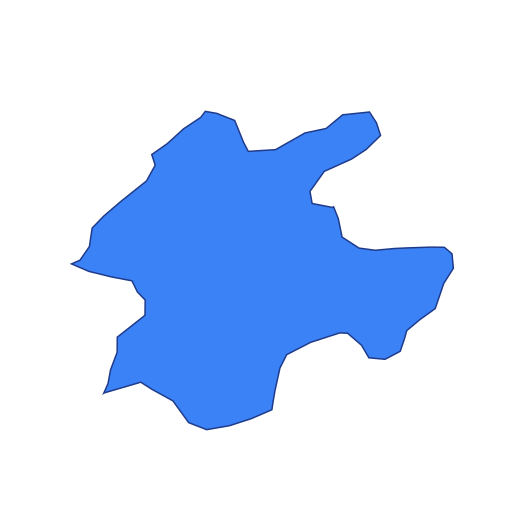 the district of Skövde, Västra Götaland, Sweden, rotated 162°
{"feature_id": "70781695B28625719623637", "entity_name": "Skövde", "entity_type": "district", "adm_level": 2, "iso_a3": "SWE", "parent_name": "Sweden", "parent_adm1": "Västra Götaland", "projection": "natural_earth1", "projection_center": [13.916, 58.441], "detail": "fine", "context": "isolated", "style": "filled", "palette": "blue", "viewbox_px": 512, "rotation_deg": 162, "n_neighbors": 0, "source": "geoboundaries", "source_scale": "gbopen_adm2", "svg_char_len": 1136}
<svg xmlns="http://www.w3.org/2000/svg" viewBox="0 0 512 512"><g transform="rotate(162 256 256)"><path d="M323.8,384.7L323.8,373.5L337.0,361.2L366.8,350.0L388.3,341.1L403.2,333.2L411.5,316.5L424.7,306.4L433.9,305.5L419.7,293.0L399.8,280.7L381.6,270.7L379.9,258.4L375.0,248.4L379.9,233.9L413.0,221.7L417.9,207.2L429.5,192.7L436.1,180.5L443.1,172.6L442.7,172.7L404.6,171.6L396.4,161.6L379.8,143.9L371.5,118.3L356.6,106.1L333.5,102.8L310.4,102.8L288.4,104.9L284.7,112.3L279.5,122.2L267.8,142.1L257.3,152.7L230.8,157.0L200.1,157.0L192.7,154.2L183.2,138.5L180.1,124.3L165.2,117.9L148.3,120.8L140.9,130.7L135.6,138.5L123.2,143.5L119.7,144.9L101.8,150.6L93.3,162.0L85.9,171.9L72.1,183.3L68.9,197.5L74.2,206.1L75.1,206.4L86.9,210.4L109.1,216.8L121.8,220.3L140.8,224.6L155.6,231.7L168.3,247.4L166.2,266.0L167.0,278.8L168.2,278.5L186.4,288.6L184.7,300.8L164.9,315.4L135.1,318.7L118.5,323.2L100.3,332.1L100.3,345.5L103.6,357.9L130.0,363.5L149.9,355.6L171.4,357.9L204.6,351.1L231.0,357.9L232.7,367.9L234.4,391.5L249.3,403.8L259.5,409.2L265.8,404.9L285.7,399.3L305.6,390.3L323.8,384.7Z" fill="#3b82f6" stroke="#1e3a8a" stroke-width="1.5"/></g></svg>